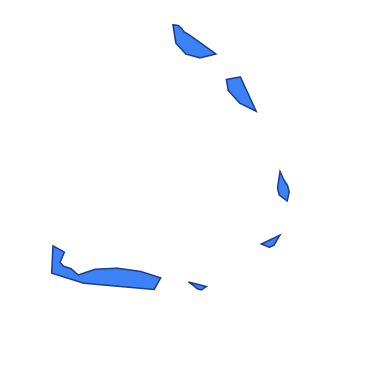 map outline of Addu (orthographic projection), rotated 299°
{"feature_id": "MDV-5243", "entity_name": "Addu", "entity_type": "City", "adm_level": 1, "iso_a3": "MDV", "parent_name": "Maldives", "parent_adm1": "", "projection": "orthographic", "projection_center": [73.171, -0.633], "detail": "fine", "context": "isolated", "style": "filled", "palette": "blue", "viewbox_px": 384, "rotation_deg": 299, "n_neighbors": 0, "source": "natural_earth", "source_scale": "10m", "svg_char_len": 759}
<svg xmlns="http://www.w3.org/2000/svg" viewBox="0 0 384 384"><g transform="rotate(299 192 192)"><path d="M64.3,132.7L77.5,144.8L89.1,163.5L97.6,185.5L101.7,206.2L88.4,206.2L59.7,141.5L53.0,108.6L77.5,96.5L77.5,109.6L66.6,110.6L64.8,115.6L66.3,123.2L66.3,123.4L64.3,132.7ZM328.1,113.2L324.3,146.0L313.1,133.9L309.7,119.8L314.4,105.7L329.1,94.2L331.0,99.4L330.0,103.5L328.2,107.7L328.1,113.2ZM316.1,178.5L293.7,209.0L292.8,190.8L298.4,174.4L307.1,167.5L316.1,178.5ZM252.7,259.0L247.5,265.9L244.1,272.3L239.2,277.0L230.3,279.6L231.7,269.7L236.9,264.9L252.7,259.0ZM180.2,277.9L196.9,289.8L185.1,289.5L181.1,286.4L180.2,277.9ZM111.6,232.6L116.3,250.4L110.9,247.7L109.9,243.8L110.9,238.9L111.6,232.6Z" fill="#3b82f6" stroke="#1e3a8a" stroke-width="1.5"/></g></svg>